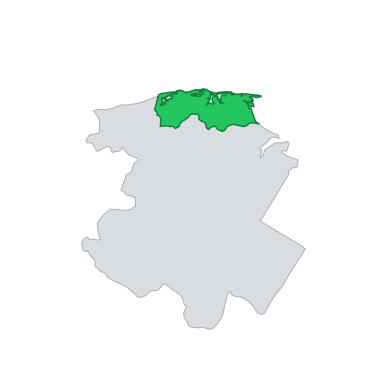 Ogooué-Maritime highlighted on a map of Gabon, rotated 121°
{"feature_id": "GAB-2624", "entity_name": "Ogooué-Maritime", "entity_type": "Province", "adm_level": 1, "iso_a3": "GAB", "parent_name": "Gabon", "parent_adm1": "", "projection": "albers", "projection_center": [9.53, -1.509], "detail": "fine", "context": "in_parent", "style": "filled", "palette": "green", "viewbox_px": 384, "rotation_deg": 121, "n_neighbors": 0, "source": "natural_earth", "source_scale": "10m", "svg_char_len": 9186}
<svg xmlns="http://www.w3.org/2000/svg" viewBox="0 0 384 384"><g transform="rotate(121 192 192)"><path d="M261.8,71.5L261.6,74.4L258.3,81.3L256.8,86.6L256.4,92.3L257.3,96.9L258.8,100.2L259.8,103.8L259.0,106.2L257.5,107.3L258.5,108.5L260.9,108.9L264.9,107.8L271.1,105.9L279.1,103.2L284.5,101.7L293.2,102.7L297.9,103.8L300.3,105.7L302.8,113.9L304.1,115.1L306.2,118.6L308.0,122.8L308.3,124.9L308.1,126.5L306.3,128.7L304.3,132.0L303.6,134.1L301.9,135.5L299.8,137.0L293.9,137.6L293.0,138.5L291.4,142.0L288.3,145.0L286.9,147.8L285.6,151.6L285.9,156.3L285.2,163.0L284.6,167.6L286.1,169.2L293.1,170.4L294.4,171.3L296.3,174.1L298.6,176.8L305.0,178.5L307.5,180.5L309.5,182.8L309.8,184.6L308.3,191.9L306.9,199.0L307.4,204.3L307.9,209.4L308.6,216.9L308.3,221.5L306.4,224.2L306.4,226.4L307.2,229.0L305.6,236.3L304.6,237.5L301.7,238.9L300.2,240.8L299.7,243.9L298.2,248.0L296.6,249.6L296.6,251.5L298.1,253.0L298.0,255.1L295.2,257.7L293.5,259.7L289.7,260.7L285.3,259.6L284.3,258.2L285.4,255.9L285.0,254.1L283.5,252.2L281.2,247.3L279.1,246.3L278.0,248.3L274.4,252.0L268.2,256.7L263.8,257.1L255.7,255.6L249.0,253.3L245.8,247.7L243.8,243.1L240.9,237.8L237.7,235.2L234.2,233.6L232.7,233.5L227.7,236.4L226.2,237.6L226.2,240.1L226.7,242.4L227.5,243.6L228.1,245.1L228.0,247.4L227.1,250.5L226.8,253.9L211.2,257.2L208.5,256.0L206.6,254.5L204.2,254.7L197.5,256.5L195.0,255.3L192.6,254.4L191.5,255.1L191.3,256.6L192.5,264.6L192.1,267.7L190.6,271.7L189.8,274.5L193.9,275.2L195.4,276.5L196.8,278.5L198.8,280.4L199.0,281.6L196.7,283.7L195.9,286.3L197.0,288.3L199.8,290.4L203.9,292.6L205.9,294.1L205.7,295.4L203.8,298.2L203.0,300.6L201.7,302.7L202.0,304.7L203.8,306.6L203.6,308.2L202.4,309.5L199.8,309.2L197.7,309.4L195.7,308.9L189.7,302.5L188.4,302.3L179.6,307.2L177.4,309.2L175.6,312.1L173.2,318.4L169.2,314.7L165.8,308.0L161.8,303.9L153.3,297.2L151.1,292.4L141.4,281.6L127.6,270.8L117.5,261.4L116.0,259.4L117.7,259.6L127.4,264.3L128.7,263.8L129.8,262.7L125.6,260.3L121.7,258.3L117.9,257.1L114.2,257.3L112.1,255.3L110.7,252.3L110.0,249.7L108.3,247.0L103.0,241.5L101.7,239.3L98.8,236.4L100.6,236.0L106.3,238.8L106.8,237.7L106.3,236.1L100.6,233.4L97.5,233.2L96.7,231.4L97.2,229.2L93.1,221.1L88.8,215.1L88.1,212.2L99.6,225.4L101.2,225.6L103.2,225.5L107.9,224.0L107.0,222.2L104.9,220.4L102.8,221.2L100.1,221.4L98.7,220.6L98.0,219.3L100.7,212.9L99.6,213.2L98.7,214.3L97.2,214.9L94.9,215.2L89.3,211.8L84.3,202.6L82.9,200.7L81.6,197.5L80.3,196.2L74.5,183.0L76.7,184.0L79.4,187.8L84.4,187.0L86.4,184.8L88.2,184.9L90.0,184.4L92.2,182.3L98.7,173.3L100.4,161.4L99.9,154.3L98.9,147.3L101.1,145.0L101.9,146.5L102.3,149.0L103.4,150.9L105.7,152.5L110.0,153.0L116.7,155.6L119.1,157.2L119.7,153.9L127.4,151.1L125.1,150.1L118.3,151.2L108.9,147.0L105.8,144.3L102.9,139.2L99.8,136.6L100.1,134.2L106.8,132.0L108.6,132.3L109.3,134.9L111.1,135.9L111.8,135.6L112.1,133.3L112.1,127.3L110.1,118.7L110.7,117.1L112.5,116.5L114.2,115.4L115.3,115.1L117.6,115.4L118.8,117.4L119.4,118.4L121.7,119.0L123.6,120.0L125.2,119.7L126.5,118.5L128.5,118.2L134.7,118.3L140.2,118.3L151.3,118.3L162.4,118.4L173.5,118.4L181.8,118.5L181.8,113.5L181.8,106.0L181.7,97.0L181.7,88.4L181.7,80.5L181.6,71.1L182.1,68.4L182.6,67.3L182.4,65.7L191.0,65.6L206.6,66.4L213.4,66.3L215.3,66.4L223.8,66.0L230.6,66.6L233.6,67.2L236.2,67.6L244.4,68.0L255.2,67.5L258.8,67.7L260.9,69.0L261.8,71.5Z" fill="#d9dde1" stroke="#a8b0b8" stroke-width="1"/><path d="M125.8,270.7L123.3,268.8L116.1,259.9L115.3,258.4L116.0,258.9L117.2,260.2L118.0,260.6L119.0,260.7L119.5,260.4L120.8,258.9L120.4,260.4L120.5,260.9L120.9,260.7L121.1,260.3L121.2,261.8L121.6,262.3L122.2,262.0L124.0,262.7L124.6,263.7L124.7,264.5L125.0,264.5L125.2,264.0L125.8,264.2L126.1,264.0L126.2,265.4L126.4,265.9L127.0,265.4L127.8,265.4L127.6,265.9L127.8,266.1L128.6,265.6L128.9,265.3L129.5,264.2L130.1,264.0L130.9,263.9L132.2,264.0L133.3,263.8L133.7,263.7L133.9,263.1L132.8,262.6L132.9,261.8L131.1,261.0L130.6,260.3L130.3,260.3L131.1,263.1L130.6,263.1L130.0,262.4L129.5,262.1L129.1,261.4L127.7,260.9L127.5,261.0L127.5,261.7L127.0,262.4L126.7,263.1L125.6,262.6L125.7,262.1L125.5,261.3L125.6,260.9L126.0,260.7L126.8,260.7L127.0,260.3L126.5,259.9L125.4,259.6L124.3,259.4L123.6,259.5L122.6,257.3L122.2,257.0L121.9,257.4L121.1,257.8L120.1,257.6L119.1,258.3L118.2,259.2L117.2,259.5L116.5,258.9L116.2,258.4L116.1,257.9L117.0,257.2L116.7,256.9L116.1,256.7L116.1,255.8L115.8,255.6L115.5,255.5L115.1,255.7L115.0,256.0L115.5,256.9L115.6,257.5L115.3,258.1L114.6,257.8L112.9,255.8L112.2,255.3L113.9,257.5L112.9,256.9L111.9,255.9L110.9,254.7L110.2,252.5L110.0,248.8L109.7,248.2L105.6,244.2L104.5,243.6L103.3,242.1L102.7,241.7L103.0,241.1L102.1,240.9L101.6,240.1L101.1,238.6L99.4,236.9L99.1,236.5L98.5,236.1L98.1,235.5L97.7,235.3L97.8,234.9L98.1,234.7L98.3,234.8L98.6,235.6L99.3,236.1L100.2,236.4L101.1,236.3L100.8,236.7L101.3,236.9L101.6,236.7L101.9,235.8L102.1,235.8L102.4,236.7L102.0,236.8L101.9,237.0L101.9,237.3L102.0,237.6L102.5,237.1L102.4,236.9L104.5,236.9L105.7,237.2L106.2,237.9L106.1,238.7L105.2,239.4L106.0,240.2L107.3,240.4L107.5,241.7L108.3,242.2L108.7,243.2L109.0,242.7L109.7,242.4L109.6,241.6L109.3,240.8L109.0,240.2L108.6,240.3L108.1,239.7L107.1,239.1L106.9,238.6L107.4,237.9L107.8,237.6L107.7,237.3L106.4,235.1L105.6,234.3L105.2,234.7L104.4,234.1L104.2,234.9L104.4,235.8L103.6,235.2L102.6,233.3L101.9,233.0L101.6,233.3L101.2,234.4L100.8,234.5L100.6,234.9L100.5,235.8L99.9,235.3L99.1,235.2L99.6,234.4L99.5,233.9L98.5,233.3L97.6,233.8L97.0,233.6L96.7,232.8L96.6,231.6L96.8,230.1L96.8,228.4L96.3,226.6L96.3,224.9L95.6,223.2L94.7,222.0L92.4,219.6L87.3,212.5L86.2,209.9L86.0,209.1L86.5,210.1L86.9,211.4L87.4,212.1L88.2,212.9L88.8,212.9L89.5,213.2L90.0,213.6L90.4,214.9L91.4,215.9L91.6,216.7L93.1,218.7L95.9,220.9L97.4,221.4L97.8,226.5L98.1,227.1L98.5,226.9L98.7,226.5L98.3,225.9L98.4,225.6L98.8,225.5L99.1,225.6L99.4,226.3L100.0,225.6L100.9,225.1L102.0,224.7L103.0,224.7L102.8,225.3L102.7,226.0L102.9,226.6L103.6,226.9L103.8,225.5L103.8,224.9L103.6,224.4L104.8,224.2L108.2,224.7L109.4,224.4L107.7,223.7L107.1,223.2L106.6,222.4L106.2,220.9L106.2,220.0L106.4,219.4L105.2,218.8L104.5,218.8L104.2,218.9L104.4,219.8L104.3,220.2L103.0,221.9L102.1,222.6L101.0,222.9L98.8,223.1L98.5,223.0L98.3,222.7L98.3,222.0L98.0,221.4L98.0,220.3L97.8,220.1L96.8,219.9L96.8,219.3L97.1,218.8L97.7,218.6L98.4,218.5L98.7,218.3L98.8,217.7L98.6,217.2L98.3,216.8L98.3,216.6L99.9,216.3L100.2,215.9L100.4,215.1L101.1,213.9L100.9,213.2L100.2,211.8L100.5,211.4L100.3,211.2L99.9,211.0L99.9,211.8L100.2,213.9L100.1,214.3L99.8,214.7L99.4,215.0L98.9,215.2L98.6,215.0L98.2,214.5L98.0,214.3L97.3,214.6L96.6,215.7L96.2,216.0L94.2,216.4L93.5,216.3L93.1,215.7L92.9,214.9L93.1,213.8L92.6,213.2L91.8,213.6L91.5,213.8L91.0,213.8L89.0,212.3L87.9,211.8L87.5,211.2L87.4,210.3L87.7,209.6L87.4,209.1L88.2,208.5L88.0,207.5L87.3,206.6L86.5,206.0L87.0,207.2L86.7,208.7L86.4,208.6L86.0,205.7L85.3,203.9L81.2,198.7L82.3,199.7L82.9,200.0L83.5,199.8L82.9,199.6L83.5,198.6L84.0,198.2L83.5,198.0L82.4,198.8L81.6,198.6L80.8,196.3L80.4,196.5L80.1,196.5L79.5,194.6L78.9,193.5L77.9,191.1L77.0,189.6L76.4,187.5L75.2,185.9L74.2,182.9L74.8,182.0L75.1,182.3L74.7,183.1L75.2,183.4L76.5,183.7L76.3,184.3L76.5,184.8L77.4,184.8L78.0,185.8L78.3,187.1L78.5,188.8L78.7,189.4L79.1,189.9L79.7,190.1L80.0,190.4L80.3,191.5L81.0,191.7L80.6,191.1L80.6,190.4L81.2,188.3L81.7,188.2L83.2,188.4L83.2,188.1L82.3,187.6L82.1,187.2L82.1,186.7L82.4,186.5L82.8,186.5L83.7,187.0L84.1,187.5L84.5,188.2L84.9,189.6L86.4,191.0L86.8,191.7L86.8,192.6L86.6,194.0L86.8,194.6L87.1,194.6L87.3,193.8L87.4,191.3L87.6,190.6L88.6,189.5L88.8,188.8L88.7,187.9L89.3,187.4L90.2,187.0L90.3,186.6L90.3,185.8L90.7,185.6L91.3,186.7L91.2,185.8L90.4,184.4L90.7,183.4L93.1,181.2L93.9,179.8L97.5,175.8L98.5,174.2L99.1,172.5L99.1,170.1L99.6,170.6L100.6,174.0L100.9,174.8L103.0,177.6L103.6,178.2L104.1,178.5L105.3,178.7L106.7,179.3L108.0,180.2L109.8,182.5L112.5,191.0L114.2,193.2L115.0,193.6L116.1,194.3L116.5,194.8L116.8,195.2L117.1,195.5L117.9,195.7L119.0,195.6L122.3,195.8L122.8,196.0L124.2,197.2L124.7,198.2L124.4,199.6L125.1,201.4L125.1,202.2L124.8,203.5L123.7,205.5L123.7,206.2L126.5,209.0L126.9,209.2L127.5,209.4L129.4,209.7L130.0,210.1L129.8,211.7L129.2,212.9L126.4,215.6L126.0,216.5L126.1,218.1L126.5,220.8L126.2,222.8L125.9,223.6L125.6,224.1L125.2,224.3L124.0,224.5L123.6,224.7L123.2,225.2L123.1,226.1L122.1,227.1L122.2,227.4L122.8,228.1L123.6,229.2L124.3,230.9L125.6,232.6L126.4,233.2L126.8,233.4L129.3,233.6L131.3,234.2L132.6,234.9L133.9,235.3L136.1,236.8L137.0,236.8L139.8,237.5L140.3,237.5L141.1,237.2L141.8,236.7L142.2,236.7L143.9,237.6L144.7,238.3L145.6,238.6L146.0,238.9L146.1,239.3L146.1,239.7L145.6,241.0L145.5,241.5L145.6,242.5L146.2,243.4L147.1,244.0L148.2,247.6L149.3,249.3L150.4,250.4L152.0,253.0L146.2,255.8L144.8,257.0L144.4,258.1L143.6,259.2L143.5,259.6L143.6,260.0L144.2,260.9L144.2,261.5L143.0,262.0L142.3,262.5L141.9,262.9L141.4,263.8L141.1,265.5L140.5,266.6L140.2,266.7L139.4,266.7L125.8,270.7ZM86.5,184.5L88.0,184.8L88.3,186.2L88.2,188.0L88.2,189.2L86.9,190.0L86.3,190.0L85.7,189.5L85.4,189.0L85.5,187.3L85.3,187.0L84.7,186.4L84.6,185.9L84.7,185.2L85.1,184.5L85.6,184.1L86.5,183.6L86.8,183.1L87.0,183.5L87.1,183.9L86.9,184.1L86.5,184.2L86.5,184.5Z" fill="#22c55e" stroke="#15803d" stroke-width="1.5"/></g></svg>